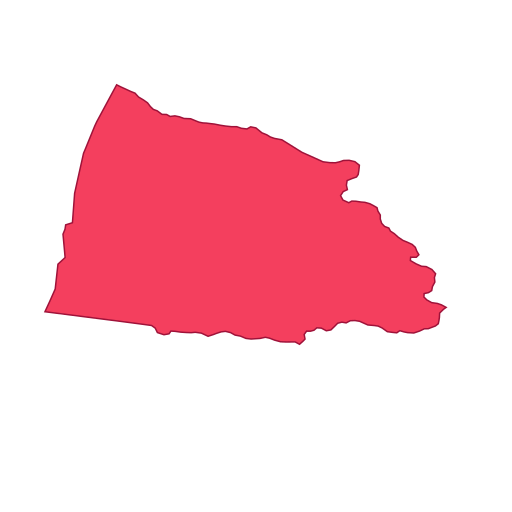 Novo Horizonte, Bahia, Brazil, rotated 289°
{"feature_id": "56859067B30979623458140", "entity_name": "Novo Horizonte", "entity_type": "district", "adm_level": 2, "iso_a3": "BRA", "parent_name": "Brazil", "parent_adm1": "Bahia", "projection": "equal_earth", "projection_center": [-42.118, -12.867], "detail": "fine", "context": "isolated", "style": "filled", "palette": "rose", "viewbox_px": 512, "rotation_deg": 289, "n_neighbors": 0, "source": "geoboundaries", "source_scale": "gbopen_adm2", "svg_char_len": 2438}
<svg xmlns="http://www.w3.org/2000/svg" viewBox="0 0 512 512"><g transform="rotate(289 256 256)"><path d="M372.5,68.5L331.1,61.7L326.4,61.2L301.4,59.8L297.0,59.5L274.6,62.0L256.2,64.1L227.7,71.6L223.5,65.9L219.1,66.7L213.8,66.4L198.7,73.2L192.4,76.0L187.5,73.4L183.8,71.4L159.4,76.9L146.5,75.8L134.6,74.6L148.1,139.6L149.1,144.3L151.2,154.6L154.5,170.8L156.3,179.9L155.0,184.2L151.5,187.7L151.6,194.6L154.1,199.1L157.3,200.0L158.4,203.9L159.5,209.6L161.0,215.1L162.4,219.7L164.1,223.4L165.3,229.5L164.5,236.8L167.8,241.2L169.9,243.7L172.9,247.7L174.8,251.6L175.3,256.9L174.4,261.9L175.2,267.4L174.8,273.3L175.9,278.4L177.3,281.7L179.3,286.5L182.2,291.3L182.7,295.4L182.5,301.1L182.9,307.1L184.6,312.8L186.0,316.7L187.5,321.0L186.7,325.9L190.6,328.1L193.4,329.4L197.5,327.1L201.4,328.3L202.7,332.1L204.7,335.0L207.9,336.9L209.1,341.3L208.2,346.8L210.5,350.9L215.0,353.2L219.0,355.1L221.4,358.7L222.1,363.0L225.5,366.2L227.2,370.6L228.0,375.2L227.2,384.2L228.8,390.6L229.5,394.3L229.0,398.7L227.2,404.8L228.3,410.3L229.2,414.1L232.2,416.3L232.4,420.6L232.9,424.3L234.6,430.3L238.2,435.0L242.0,438.9L243.3,442.5L245.9,445.6L248.2,448.4L251.3,450.4L254.5,450.0L257.7,449.4L261.8,448.2L266.6,450.6L269.3,452.5L270.2,447.2L270.2,442.9L269.1,437.3L270.1,431.8L271.9,428.1L275.2,427.2L277.5,431.0L280.5,433.4L284.5,432.8L289.6,433.6L293.7,431.7L297.7,431.6L300.5,426.7L301.4,420.4L300.2,415.9L300.7,409.8L302.0,403.4L305.2,402.6L307.0,408.0L310.2,409.6L313.0,406.4L316.1,403.8L317.8,399.9L318.3,394.9L318.6,389.8L320.1,384.3L322.1,379.6L323.3,375.0L325.7,372.5L325.8,368.0L327.8,364.2L331.4,361.5L335.2,360.2L338.2,356.6L341.1,354.7L341.9,350.5L342.5,346.6L342.2,341.5L341.2,337.6L340.3,332.6L339.1,328.7L336.6,326.4L337.2,320.0L340.6,316.3L345.3,317.5L348.5,320.8L352.4,318.4L357.0,317.6L360.5,321.6L363.4,325.3L366.3,326.1L370.3,325.4L375.5,324.2L377.4,318.8L376.8,312.9L374.8,307.6L372.3,304.4L370.0,300.7L368.3,295.4L366.9,288.7L369.0,265.6L374.3,242.6L373.2,235.2L373.2,230.8L374.1,226.8L374.4,221.4L377.1,214.2L376.4,208.9L373.2,206.1L372.0,200.6L372.0,195.7L370.3,190.7L369.0,185.1L368.0,179.6L367.2,173.7L366.3,169.6L365.5,165.8L364.5,162.3L364.0,158.4L364.2,154.4L364.5,149.5L362.6,143.1L362.7,138.3L362.1,133.7L360.0,129.4L360.7,125.4L359.3,120.9L361.1,115.4L361.2,111.2L362.9,107.5L365.5,103.6L366.9,98.8L368.1,93.1L370.6,88.6L370.8,84.1L371.3,79.2L371.9,73.0L372.5,68.5Z" fill="#f43f5e" stroke="#9f1239" stroke-width="1.5"/></g></svg>